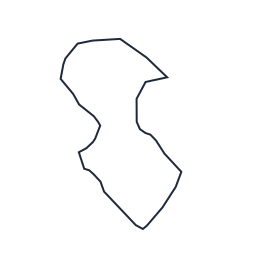 the border of Gorišnica, rotated 335°
{"feature_id": "SVN-1041", "entity_name": "Gorišnica", "entity_type": "Municipality", "adm_level": 1, "iso_a3": "SVN", "parent_name": "Slovenia", "parent_adm1": "", "projection": "equal_earth", "projection_center": [16.012, 46.363], "detail": "fine", "context": "isolated", "style": "outline", "palette": "slate", "viewbox_px": 256, "rotation_deg": 335, "n_neighbors": 0, "source": "natural_earth", "source_scale": "10m", "svg_char_len": 607}
<svg xmlns="http://www.w3.org/2000/svg" viewBox="0 0 256 256"><g transform="rotate(335 128 128)"><path d="M157.8,190.3L146.3,201.6L125.6,214.6L103.8,224.5L98.8,225.8L98.5,225.4L94.0,219.3L79.4,175.5L80.4,165.0L77.4,155.7L75.0,150.0L71.1,146.4L73.2,129.2L81.7,128.7L90.3,125.9L93.7,123.8L103.8,114.1L103.5,109.9L102.0,102.9L93.6,86.0L92.7,74.0L87.7,55.0L96.3,43.0L100.7,38.5L118.0,30.2L132.8,33.8L158.5,43.9L174.6,72.0L184.9,98.6L163.4,93.7L148.1,105.2L138.5,126.1L138.3,134.0L141.6,139.8L145.5,143.5L148.1,151.1L150.2,166.6L157.6,189.6L157.8,190.3Z" fill="none" stroke="#1e293b" stroke-width="2"/></g></svg>